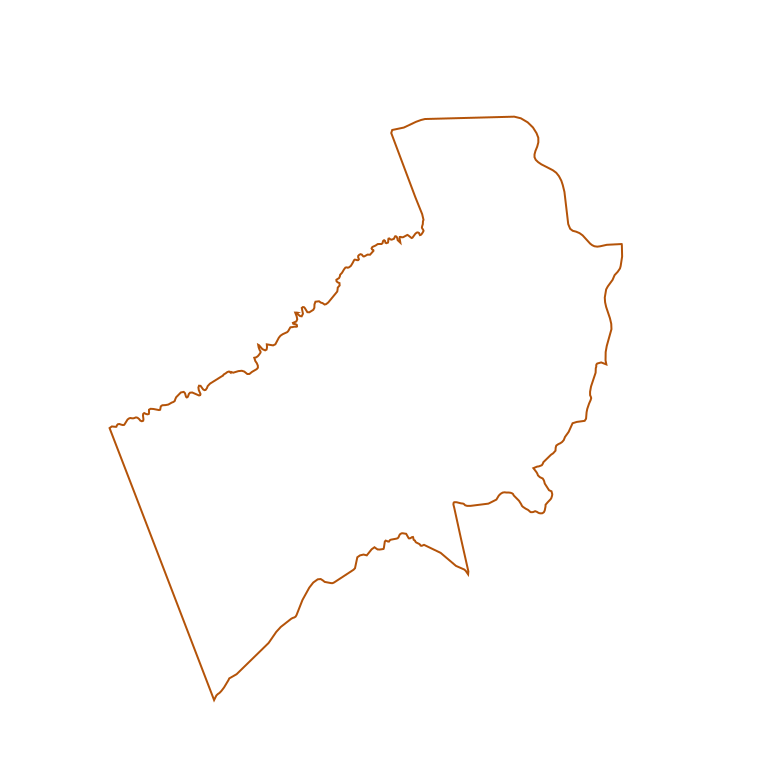 an SVG outline of Meta, rotated 159°
{"feature_id": "COL-1425", "entity_name": "Meta", "entity_type": "Department", "adm_level": 1, "iso_a3": "COL", "parent_name": "Colombia", "parent_adm1": "", "projection": "orthographic", "projection_center": [-72.97, 3.272], "detail": "fine", "context": "isolated", "style": "outline", "palette": "amber", "viewbox_px": 768, "rotation_deg": 159, "n_neighbors": 0, "source": "natural_earth", "source_scale": "10m", "svg_char_len": 5950}
<svg xmlns="http://www.w3.org/2000/svg" viewBox="0 0 768 768"><g transform="rotate(159 384 384)"><path d="M112.0,429.5L112.1,428.6L116.0,417.7L120.8,409.3L122.3,407.3L125.6,405.0L129.7,403.0L133.3,399.3L140.1,394.9L142.7,392.7L146.9,385.6L148.3,381.1L149.0,376.3L149.5,364.4L150.3,358.7L152.0,353.7L162.4,339.7L165.6,334.4L168.7,326.7L169.4,322.6L173.5,326.3L177.6,326.7L178.7,326.1L179.4,324.9L179.6,324.1L180.6,322.9L182.4,318.7L191.6,307.5L194.4,302.9L195.6,299.7L195.5,298.0L195.6,296.6L196.9,294.9L199.5,292.3L203.1,288.0L205.0,285.0L207.8,279.2L209.9,277.7L217.6,279.5L222.0,279.8L228.8,273.1L234.0,269.7L236.3,267.2L238.6,266.0L240.8,265.5L242.7,265.4L245.2,264.8L246.5,263.1L247.8,260.3L250.9,258.7L253.5,258.1L263.2,253.9L264.4,252.6L265.8,251.6L269.0,251.6L270.6,252.0L274.7,251.9L273.3,247.2L273.0,245.6L273.0,243.5L271.9,241.2L269.7,238.9L269.4,237.5L269.3,236.0L269.6,233.4L268.0,225.7L266.1,223.8L266.4,220.8L267.2,219.4L268.7,217.5L269.8,216.7L273.2,215.1L276.4,213.4L277.2,211.6L279.3,208.3L280.7,207.0L282.4,206.6L283.9,207.0L285.4,207.8L286.4,208.9L287.0,209.8L288.5,211.1L290.5,211.0L291.8,211.3L293.1,211.9L294.6,214.8L296.4,216.8L298.3,219.5L298.9,220.8L299.0,222.6L299.8,226.6L302.8,233.4L303.0,235.1L303.6,236.0L304.8,237.1L306.5,238.0L308.6,238.8L310.3,239.7L312.2,240.1L314.5,239.7L316.8,238.7L320.5,235.8L329.4,234.9L346.8,239.2L350.0,240.4L351.7,241.7L352.5,243.5L353.2,244.1L354.9,245.0L358.6,247.6L360.8,248.5L361.7,248.0L362.4,246.6L362.8,243.2L367.5,212.4L372.4,178.8L373.7,176.2L374.7,180.4L375.5,182.0L382.0,188.4L391.6,206.0L404.3,219.5L406.4,219.4L407.2,219.6L407.8,220.1L407.8,220.7L408.3,221.9L410.8,224.6L411.2,225.7L411.2,226.7L412.1,227.9L412.0,229.1L411.8,229.9L411.8,230.8L412.9,231.0L414.0,230.7L415.2,230.6L416.2,231.1L416.4,232.3L417.0,236.2L420.1,238.0L421.2,238.3L422.8,238.0L423.6,237.5L425.5,235.6L426.6,235.1L428.0,235.2L433.4,236.2L434.4,236.1L435.1,235.7L435.5,235.3L435.9,235.1L436.9,235.6L437.7,236.5L438.6,237.2L439.7,236.6L442.8,231.1L443.6,230.2L445.2,230.5L447.3,231.0L449.2,231.8L449.9,232.7L451.4,235.0L454.8,234.1L461.5,230.2L464.2,232.1L467.8,232.6L471.0,231.8L477.1,222.4L479.0,221.5L501.7,216.6L503.3,216.5L504.8,217.1L510.3,220.5L511.5,222.6L513.0,224.6L515.9,225.4L521.2,224.0L526.7,220.7L537.5,211.6L548.5,199.6L549.9,198.5L551.4,198.2L553.0,198.3L554.7,198.1L567.4,194.2L573.4,191.2L584.5,183.6L625.6,165.9L634.0,164.6L635.2,163.4L642.1,158.0L646.0,155.6L648.4,154.5L650.2,154.1L652.1,153.3L655.9,149.8L655.9,371.1L656.0,441.2L653.3,441.9L650.3,440.4L649.2,440.0L648.2,441.1L646.9,441.8L645.4,441.5L644.0,440.3L642.4,439.2L641.1,439.0L636.2,442.7L634.6,443.2L633.1,443.2L631.4,442.2L630.0,441.7L627.5,441.7L626.2,440.8L625.2,439.1L624.6,437.1L623.4,436.0L622.0,436.0L621.2,437.3L620.3,441.0L619.5,442.4L618.3,442.8L617.0,441.4L615.8,440.5L614.4,440.3L613.6,441.4L613.2,442.8L612.6,444.2L610.8,444.5L608.2,443.3L603.4,440.3L602.2,440.2L600.4,443.1L598.6,443.6L595.5,442.6L592.7,442.1L588.9,442.7L587.0,442.7L585.4,443.2L584.4,444.5L582.8,446.1L576.7,448.9L573.8,448.4L573.1,446.8L573.4,443.0L572.9,442.1L572.0,442.2L570.9,443.2L569.8,444.6L568.2,445.4L566.1,444.8L560.8,439.6L559.6,439.5L558.9,440.4L559.1,444.7L558.5,447.3L557.3,448.7L555.9,448.0L554.8,443.8L553.8,442.6L552.7,442.4L550.8,443.6L549.4,445.2L546.3,446.7L534.0,449.1L531.7,449.5L531.1,449.6L530.7,450.1L529.9,450.4L528.0,450.7L526.0,451.3L524.2,451.2L523.0,449.4L522.4,450.0L520.7,448.6L515.3,448.2L512.0,447.3L510.0,445.7L508.0,442.3L506.0,441.6L503.0,442.6L497.5,443.5L495.9,444.4L495.2,446.4L495.3,449.1L495.9,451.5L495.7,455.0L493.7,454.7L491.8,455.2L490.0,456.2L488.0,457.6L487.6,458.6L487.9,460.1L487.9,463.0L487.4,465.7L486.8,465.0L485.0,460.1L482.9,458.0L481.3,458.2L480.1,460.1L479.2,463.0L473.7,459.8L471.2,460.0L465.6,464.9L463.3,466.2L460.7,466.8L455.8,467.1L454.5,467.7L451.2,470.4L450.4,470.4L449.6,470.0L448.0,469.8L446.7,469.5L445.5,468.9L444.6,468.9L444.2,470.3L444.6,471.0L445.4,471.7L446.4,472.3L447.1,472.7L447.1,473.7L443.5,473.8L441.8,475.5L441.3,478.5L441.3,482.5L439.8,481.9L439.3,481.6L440.3,481.6L438.0,477.5L436.6,476.7L434.5,478.6L433.5,484.5L432.1,484.9L431.2,484.4L430.7,483.3L429.8,478.5L428.0,477.7L423.4,478.6L421.7,480.1L420.4,483.2L418.5,485.4L415.0,484.5L413.7,482.5L412.4,481.6L411.0,479.5L409.4,479.3L406.8,480.1L394.5,487.1L393.4,489.0L392.6,490.6L390.1,491.9L389.4,494.2L390.2,494.9L391.0,495.8L391.5,497.2L391.1,498.4L388.0,499.0L386.7,500.2L385.8,501.7L383.3,502.9L380.3,505.3L378.3,506.5L376.9,506.2L376.1,505.5L374.7,505.5L372.5,506.2L369.7,508.4L367.6,510.3L366.7,510.6L365.5,509.9L364.7,509.2L363.6,508.9L362.7,509.5L362.7,511.7L362.1,512.9L360.7,513.5L359.4,513.6L358.3,512.7L358.0,511.6L357.5,510.5L356.6,510.2L353.0,510.7L350.7,509.7L346.1,512.1L346.0,512.9L346.9,513.9L347.0,515.1L345.7,516.1L342.2,516.3L339.7,516.9L336.1,515.6L334.9,516.0L334.3,516.9L333.5,517.9L332.4,518.2L331.8,517.3L332.0,515.3L331.3,514.6L329.6,514.6L328.9,515.7L328.3,517.2L327.7,518.1L326.9,518.0L326.2,516.7L325.1,516.0L322.7,516.0L321.6,517.1L320.6,517.9L320.0,517.7L319.4,516.7L319.4,514.9L319.7,513.4L318.1,510.1L317.2,514.6L316.6,515.6L315.6,515.3L314.7,514.5L313.4,514.2L308.8,514.8L308.0,513.9L306.5,511.3L305.9,510.4L305.0,510.4L300.8,513.1L299.2,513.6L298.1,513.4L297.2,512.4L297.2,511.2L297.1,510.1L296.3,510.0L295.1,510.5L293.4,511.7L292.2,512.8L292.2,514.3L292.6,515.5L292.5,516.6L291.8,517.7L290.5,519.3L289.3,522.0L288.3,523.1L287.5,528.9L287.8,547.0L287.3,615.7L285.3,618.2L273.6,616.3L260.1,617.3L254.8,617.2L250.8,616.7L166.6,586.9L161.0,583.0L156.1,576.8L153.0,570.1L151.7,563.5L151.7,558.6L153.3,554.3L155.9,550.7L159.1,547.3L161.2,544.4L162.2,541.8L162.0,538.9L160.6,535.9L158.4,532.7L149.8,523.1L147.5,519.5L146.2,515.4L145.6,510.3L145.8,505.8L146.7,498.7L154.7,467.3L154.6,462.2L152.9,459.4L150.1,457.4L147.4,454.8L145.3,451.6L141.2,441.1L139.9,439.0L138.2,437.2L135.7,435.8L132.8,435.1L126.1,434.1L112.0,429.5Z" fill="none" stroke="#b45309" stroke-width="2"/></g></svg>